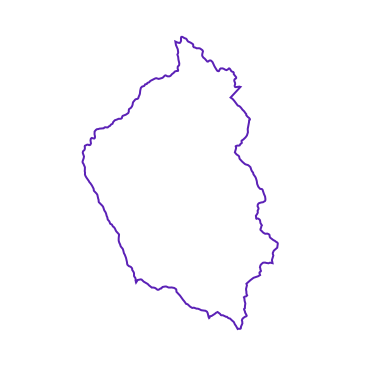 outline of Carlos Fermin Fitzcarrald, Áncash, Peru, rotated 334°
{"feature_id": "86281439B49389172682123", "entity_name": "Carlos Fermin Fitzcarrald", "entity_type": "district", "adm_level": 2, "iso_a3": "PER", "parent_name": "Peru", "parent_adm1": "Áncash", "projection": "equal_earth", "projection_center": [-77.23, -9.052], "detail": "fine", "context": "isolated", "style": "outline", "palette": "violet", "viewbox_px": 384, "rotation_deg": 334, "n_neighbors": 0, "source": "geoboundaries", "source_scale": "gbopen_adm2", "svg_char_len": 6022}
<svg xmlns="http://www.w3.org/2000/svg" viewBox="0 0 384 384"><g transform="rotate(334 192 192)"><path d="M281.6,118.8L280.7,118.0L277.4,117.0L277.0,116.7L276.7,116.2L276.8,115.5L277.0,115.0L277.9,114.2L278.5,113.0L278.7,110.7L279.1,109.9L279.9,109.3L281.1,109.2L281.6,109.0L282.0,108.2L281.2,104.4L281.8,103.1L281.7,102.3L280.8,101.4L280.3,100.5L280.1,98.3L279.8,97.4L279.6,97.2L279.3,97.1L278.2,97.5L276.5,97.6L275.5,96.7L274.4,95.0L273.5,94.2L271.8,93.5L271.0,93.8L269.2,95.1L268.7,95.0L268.3,94.7L267.9,94.2L267.7,93.4L267.3,89.0L267.4,84.3L267.2,83.6L266.7,82.3L266.0,81.7L265.3,81.5L263.5,81.8L262.9,81.4L261.9,77.7L261.1,76.1L260.9,74.4L261.1,73.5L261.7,72.5L263.5,70.4L263.6,69.5L263.3,68.6L262.1,66.5L261.5,66.0L259.2,64.9L258.2,63.6L257.1,62.7L256.9,61.7L257.6,60.3L257.6,59.4L256.2,57.1L254.5,55.1L254.2,54.0L254.1,52.2L253.8,51.5L252.7,50.4L251.3,48.3L250.5,47.9L250.0,48.2L249.3,49.3L248.4,51.4L246.8,52.6L246.0,52.5L245.6,52.2L244.6,51.4L243.0,49.5L242.0,52.9L241.8,57.4L240.8,60.4L240.2,61.2L239.1,62.1L238.8,64.4L237.8,67.2L237.0,70.7L236.1,72.3L235.4,72.7L234.7,72.8L234.0,73.3L233.2,74.8L233.0,76.3L232.7,76.8L232.4,77.0L231.0,76.4L229.4,76.2L227.7,76.9L225.6,77.3L223.8,78.1L222.6,78.2L221.4,77.7L220.6,77.2L219.6,75.8L219.2,75.5L218.5,75.5L215.9,76.4L215.0,76.4L211.7,75.8L209.7,74.0L208.5,73.8L203.3,73.9L201.5,74.6L199.8,74.4L198.6,75.1L197.1,74.7L196.1,75.4L195.4,75.7L193.3,75.4L191.9,75.9L191.5,76.2L189.9,78.2L188.2,80.9L187.2,81.9L186.3,82.6L184.7,84.2L183.9,84.4L182.3,84.0L181.6,84.0L178.7,85.3L177.9,86.0L176.8,87.6L175.5,88.8L173.6,89.7L172.0,89.8L171.6,90.1L171.0,90.8L170.5,92.0L169.3,93.1L166.4,93.5L163.1,93.2L162.5,93.5L161.2,94.9L160.5,95.0L159.4,94.7L158.1,94.0L156.7,94.0L154.0,93.7L151.8,94.6L150.5,95.8L148.6,95.9L147.3,96.6L145.9,96.6L144.7,97.0L144.2,96.9L142.3,95.7L141.4,95.7L140.5,96.0L136.6,94.5L135.4,94.4L134.3,93.9L133.1,94.0L131.0,94.9L129.7,97.4L129.2,99.4L128.5,100.7L127.7,101.1L127.1,100.8L125.6,99.5L124.5,99.7L123.4,101.1L122.5,104.0L121.3,105.0L120.1,104.8L119.3,103.9L118.5,103.5L116.0,103.5L115.5,104.1L115.0,105.6L114.1,106.8L113.6,107.1L112.0,107.6L111.2,108.5L110.9,109.3L110.6,111.9L110.5,112.7L109.5,114.1L107.1,116.5L106.8,117.1L106.6,117.8L106.8,118.8L106.6,122.8L105.3,125.3L104.8,126.1L104.3,127.8L103.5,129.2L103.3,130.6L103.4,132.6L104.1,137.1L104.1,138.2L104.5,139.5L104.9,142.2L105.0,145.8L104.8,146.6L104.5,147.3L104.4,148.0L105.5,151.5L105.7,153.0L104.8,156.7L104.6,158.1L104.0,159.5L103.8,160.3L105.4,165.1L105.6,166.5L105.1,170.1L105.4,172.2L105.3,173.8L104.8,176.1L104.8,177.5L104.2,179.8L104.8,182.1L104.6,184.5L104.7,184.9L105.5,185.8L105.7,186.2L105.8,188.3L106.3,189.1L106.6,190.1L106.7,191.7L106.6,193.1L106.7,194.2L107.8,198.0L107.7,198.4L105.9,201.3L105.1,202.9L104.7,203.9L104.4,205.7L104.4,207.7L104.1,209.2L104.3,210.7L104.8,212.5L104.7,213.9L104.0,217.2L104.1,219.0L103.8,222.3L102.8,226.6L102.2,228.2L102.1,229.2L102.8,231.0L103.8,232.0L104.2,232.6L104.6,233.9L104.6,234.7L104.1,235.8L104.4,238.2L104.3,239.5L103.1,242.1L103.1,243.0L103.4,244.1L103.1,245.9L102.5,246.6L102.5,247.5L102.1,248.1L102.0,248.9L104.6,247.3L107.5,248.0L108.3,248.6L109.3,251.4L111.9,255.3L112.4,257.0L114.0,260.3L115.0,260.7L116.4,261.7L117.1,262.6L117.8,264.2L118.5,265.0L119.3,265.2L121.5,264.9L122.2,265.2L123.1,264.7L124.0,264.5L125.9,265.0L127.2,265.5L128.0,266.3L128.8,267.3L129.4,267.8L131.9,268.9L133.9,270.4L134.9,272.0L135.1,272.7L134.3,274.9L135.8,279.8L136.7,285.1L137.1,286.6L137.7,290.0L138.8,290.9L140.1,294.3L141.4,296.3L143.0,296.8L145.0,298.9L146.2,299.5L147.4,300.8L148.5,302.3L152.1,304.7L153.0,306.2L153.0,307.7L152.1,311.8L152.1,312.8L152.5,312.7L153.8,311.6L155.2,312.0L159.2,311.5L160.6,311.1L162.4,311.1L163.8,313.9L164.0,315.2L164.3,315.6L165.8,316.4L167.9,319.1L168.7,319.5L169.2,320.9L169.8,321.7L170.7,322.4L171.8,325.4L172.5,326.9L172.6,327.7L172.5,329.8L172.8,331.3L173.0,335.2L174.1,335.3L175.1,336.0L175.7,336.1L176.3,335.7L177.0,334.5L179.6,332.3L180.4,330.4L180.5,329.4L181.3,328.4L182.9,327.7L184.9,327.4L186.4,327.5L186.9,327.2L187.0,326.3L186.9,323.7L187.2,322.6L187.3,320.5L187.5,320.0L188.6,319.6L189.5,317.9L191.1,315.5L191.6,312.8L192.4,310.7L192.5,309.4L193.9,309.2L194.9,309.5L195.5,309.4L196.3,309.0L196.2,308.3L196.5,306.9L197.2,305.4L197.6,304.0L198.1,302.8L200.5,299.9L200.7,298.3L206.1,296.8L209.7,296.1L214.5,296.7L216.8,296.5L217.1,294.3L217.6,293.8L218.9,293.5L219.4,293.2L219.5,291.8L220.0,290.4L220.0,289.5L221.1,288.2L221.7,287.7L223.1,287.1L224.9,286.7L226.8,287.5L227.4,288.1L229.5,289.6L231.2,289.7L233.2,291.3L234.0,288.2L237.3,284.7L237.5,283.0L238.0,282.1L239.8,280.6L244.2,279.4L246.5,276.0L246.6,275.4L246.4,274.6L245.7,273.6L245.0,272.1L244.1,271.0L242.3,267.4L242.2,266.5L242.8,264.5L242.6,263.8L242.1,263.1L241.3,262.3L240.0,261.9L239.1,261.2L238.1,259.5L237.5,257.5L237.0,256.4L237.0,255.9L237.4,255.2L238.4,254.4L239.4,253.1L240.2,252.6L239.9,249.9L240.6,247.7L240.7,246.7L240.4,245.9L239.8,244.9L238.9,244.3L238.2,244.3L238.1,244.0L239.0,241.4L240.9,240.3L242.0,239.5L242.4,238.7L242.7,237.7L244.4,236.3L244.7,235.4L244.7,233.5L245.5,232.3L246.5,231.6L247.5,231.4L249.8,231.8L251.2,232.3L253.6,232.1L254.2,231.7L254.9,230.5L255.7,228.1L255.8,225.3L256.4,220.9L256.2,220.2L255.7,219.7L254.7,219.1L254.4,218.4L253.9,216.3L254.1,213.3L255.0,210.6L255.5,207.6L255.5,206.1L255.0,203.1L255.4,201.3L255.0,199.8L255.0,198.1L255.4,195.3L254.7,193.4L254.1,192.3L252.5,190.9L251.8,190.0L250.5,186.9L249.4,183.3L249.4,182.7L249.9,180.7L249.7,179.8L248.5,177.7L247.9,175.2L250.8,172.0L251.2,171.2L251.2,170.3L251.4,170.0L253.0,170.1L254.1,170.7L255.2,171.0L256.6,170.1L258.0,169.9L258.4,169.5L258.5,168.7L259.1,167.6L261.2,167.3L264.0,166.4L266.1,165.3L268.4,162.9L269.7,159.8L273.8,154.3L274.8,152.6L275.0,152.4L275.4,152.5L275.8,152.3L276.0,151.8L275.8,150.5L275.0,148.9L274.5,147.0L274.5,146.6L274.9,145.8L274.5,144.1L274.3,142.5L273.4,140.0L273.1,138.2L272.6,136.4L271.8,135.1L271.0,134.3L270.0,128.9L269.3,126.2L268.1,124.0L281.6,118.8Z" fill="none" stroke="#5b21b6" stroke-width="2"/></g></svg>